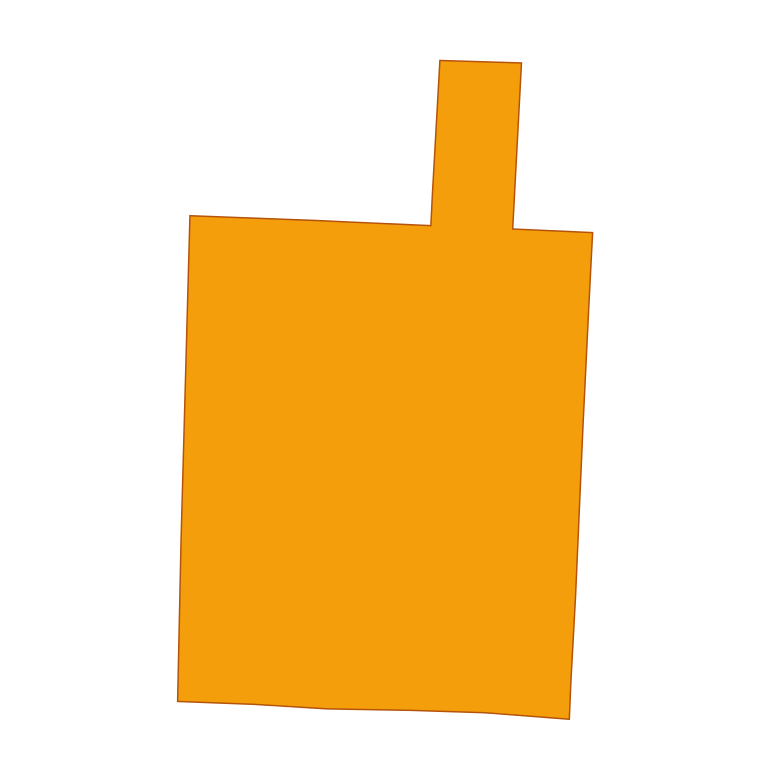 outline of LaSalle, Illinois, United States of America, rotated 183°
{"feature_id": "52423323B71481702095612", "entity_name": "LaSalle", "entity_type": "district", "adm_level": 2, "iso_a3": "USA", "parent_name": "United States of America", "parent_adm1": "Illinois", "projection": "albers", "projection_center": [-88.932, 41.279], "detail": "fine", "context": "isolated", "style": "filled", "palette": "amber", "viewbox_px": 768, "rotation_deg": 183, "n_neighbors": 0, "source": "geoboundaries", "source_scale": "gbopen_adm2", "svg_char_len": 449}
<svg xmlns="http://www.w3.org/2000/svg" viewBox="0 0 768 768"><g transform="rotate(183 384 384)"><path d="M573.5,56.2L537.5,56.7L497.0,57.3L423.6,56.6L340.1,59.5L266.2,61.0L181.4,58.9L181.5,69.0L181.8,99.2L181.7,133.1L181.6,182.3L183.1,354.7L183.5,464.1L183.6,546.1L263.6,545.5L263.5,711.8L345.1,710.0L345.6,575.9L345.5,544.6L428.5,543.9L452.5,543.8L586.6,541.9L578.5,218.1L573.5,56.2Z" fill="#f59e0b" stroke="#b45309" stroke-width="1.5"/></g></svg>